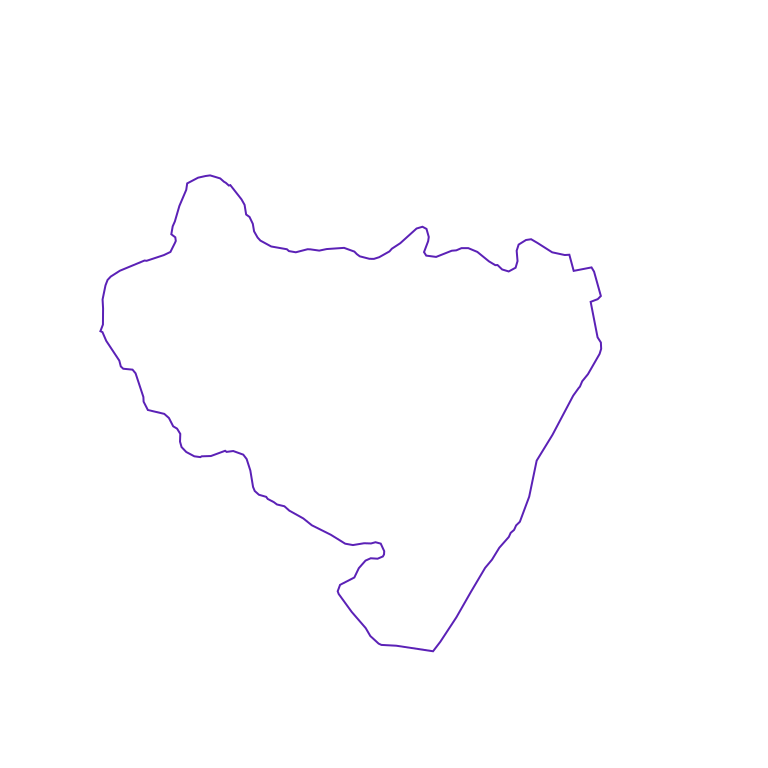 San Miguel Ixtahuacán, San Marcos, Guatemala (Robinson projection), rotated 66°
{"feature_id": "79465075B62576691905378", "entity_name": "San Miguel Ixtahuacán", "entity_type": "district", "adm_level": 2, "iso_a3": "GTM", "parent_name": "Guatemala", "parent_adm1": "San Marcos", "projection": "robinson", "projection_center": [-91.747, 15.27], "detail": "fine", "context": "isolated", "style": "outline", "palette": "violet", "viewbox_px": 768, "rotation_deg": 66, "n_neighbors": 0, "source": "geoboundaries", "source_scale": "gbopen_adm2", "svg_char_len": 2313}
<svg xmlns="http://www.w3.org/2000/svg" viewBox="0 0 768 768"><g transform="rotate(66 384 384)"><path d="M372.9,586.7L376.1,581.5L375.9,580.0L379.4,571.4L380.4,556.3L382.0,555.4L383.9,549.0L391.3,541.3L396.7,540.0L408.7,541.3L424.8,545.5L429.2,545.6L434.3,543.3L439.2,537.5L441.7,537.0L447.1,532.7L450.5,530.8L455.2,524.7L461.2,522.0L474.0,512.4L483.7,507.4L500.1,493.9L514.1,484.4L518.5,477.9L521.4,466.9L524.4,460.7L525.1,456.1L528.5,451.9L536.8,451.8L539.7,453.3L541.1,455.2L541.0,460.9L537.8,467.0L537.8,472.7L542.0,481.9L548.7,489.8L549.6,505.8L554.5,510.6L557.4,510.8L579.1,506.2L599.6,500.0L608.7,499.0L619.0,494.5L621.3,492.5L628.1,479.2L648.1,447.9L642.4,437.4L626.6,412.8L609.0,388.8L593.1,366.4L588.4,356.8L580.5,345.3L574.5,332.2L571.5,328.8L570.2,324.5L566.9,320.8L565.1,315.9L546.0,297.2L516.1,275.7L499.0,250.8L471.6,215.9L466.8,207.7L466.1,206.1L462.1,201.8L458.0,193.7L444.2,174.8L440.2,171.3L434.3,169.0L428.2,169.9L393.0,161.8L393.4,154.2L391.8,150.1L366.8,146.4L361.9,147.0L357.8,164.7L341.3,162.1L339.7,166.4L332.1,176.8L317.6,186.4L311.6,190.7L310.2,195.7L311.4,204.3L316.2,208.6L326.0,212.0L331.3,216.5L331.9,224.3L327.4,229.5L321.5,231.9L320.7,234.0L314.7,238.2L301.3,245.0L294.2,251.7L291.4,257.9L291.3,263.6L289.8,267.9L289.1,284.7L283.9,293.2L279.8,293.8L271.5,285.6L267.9,283.3L259.6,282.1L256.0,284.9L255.2,291.0L262.0,311.9L263.6,321.8L265.1,325.1L266.2,336.8L265.6,342.3L263.7,346.4L257.5,354.2L254.3,356.0L251.0,357.2L243.4,365.1L237.4,381.5L235.8,388.9L231.1,396.4L229.8,399.0L227.8,411.0L223.9,416.8L221.4,417.9L212.5,431.1L202.7,438.6L198.8,439.9L191.7,440.6L184.3,438.7L176.7,438.9L173.1,441.0L163.6,438.5L157.3,439.1L139.8,443.5L139.6,445.0L135.8,446.7L134.2,447.9L129.6,450.0L126.2,453.9L122.7,458.0L121.4,462.5L119.9,469.9L120.7,482.2L126.2,485.7L138.1,498.5L150.5,509.0L154.0,512.9L160.7,517.4L165.1,515.0L168.6,516.0L169.9,517.4L175.0,523.6L176.5,525.4L176.7,532.7L174.9,550.7L173.8,552.6L173.1,579.2L174.7,589.9L176.5,594.2L180.6,598.3L192.3,606.7L200.7,609.9L215.4,616.6L220.4,621.6L222.1,620.1L231.6,620.2L255.0,616.3L260.9,617.3L264.0,616.0L268.6,607.9L273.2,606.6L298.0,609.1L302.4,610.8L311.7,610.3L321.9,596.9L327.6,594.3L336.9,593.8L340.6,591.2L346.7,590.4L353.7,593.8L359.3,594.6L365.7,592.3L372.9,586.7Z" fill="none" stroke="#5b21b6" stroke-width="2"/></g></svg>